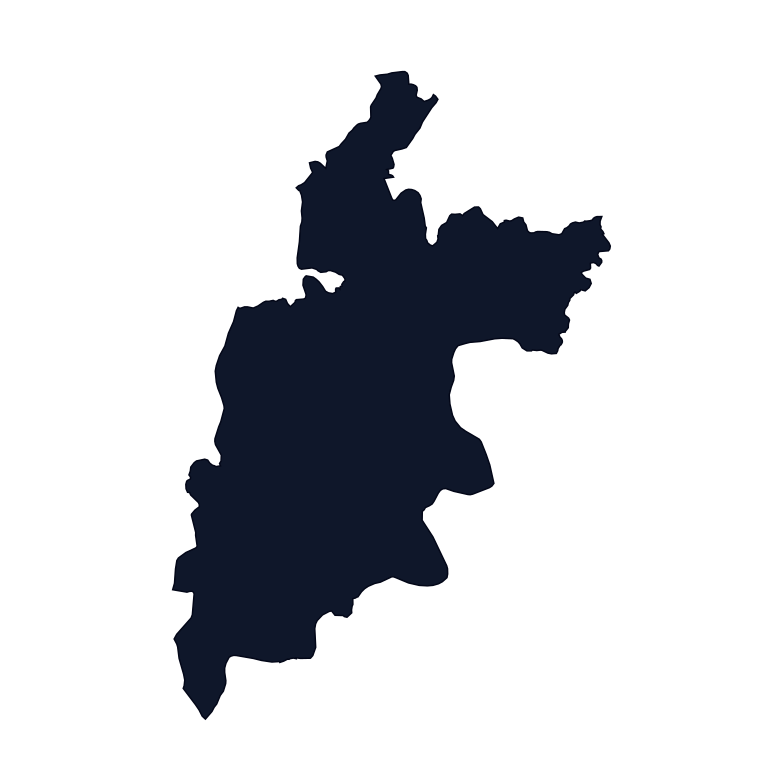 outline of Oubritenga, Oubritenga, Burkina Faso, rotated 262°
{"feature_id": "67063806B42476727458569", "entity_name": "Oubritenga", "entity_type": "district", "adm_level": 2, "iso_a3": "BFA", "parent_name": "Burkina Faso", "parent_adm1": "Oubritenga", "projection": "albers", "projection_center": [-1.222, 12.597], "detail": "fine", "context": "isolated", "style": "filled", "palette": "ink", "viewbox_px": 768, "rotation_deg": 262, "n_neighbors": 0, "source": "geoboundaries", "source_scale": "gbopen_adm2", "svg_char_len": 6163}
<svg xmlns="http://www.w3.org/2000/svg" viewBox="0 0 768 768"><g transform="rotate(262 384 384)"><path d="M519.5,623.0L520.1,618.1L519.8,616.3L518.9,614.4L517.4,613.1L517.0,610.8L517.1,606.4L517.5,605.6L516.5,604.0L516.3,599.7L517.7,596.1L517.3,593.0L516.5,590.9L514.8,589.3L513.3,586.8L512.7,584.5L508.1,581.0L507.4,578.1L509.4,571.3L511.2,568.9L512.1,566.5L513.6,557.5L513.5,555.5L512.8,553.5L513.1,550.6L513.6,549.2L515.8,547.4L521.9,546.7L525.0,544.9L529.1,544.5L530.5,540.5L529.3,536.0L528.0,533.2L527.8,531.3L529.2,527.7L529.1,525.9L527.5,525.6L526.5,521.5L522.2,518.1L529.7,513.8L538.0,505.6L544.1,503.8L546.1,502.3L546.6,498.3L541.7,487.2L539.8,485.2L541.9,483.0L542.1,478.0L542.8,474.6L541.5,472.6L535.2,468.5L533.0,463.1L529.5,459.9L524.0,458.5L523.4,457.8L520.1,457.7L517.0,456.1L514.0,451.4L515.2,449.1L517.8,446.8L520.2,446.4L522.2,445.4L526.5,445.8L532.8,447.7L534.6,446.8L542.7,446.9L558.5,445.6L562.1,446.6L565.6,445.9L568.7,444.4L571.3,441.4L572.7,438.5L573.4,435.4L573.1,432.6L570.6,427.5L564.6,421.2L564.4,419.8L564.8,418.4L566.7,417.6L587.5,412.6L587.5,422.2L589.0,421.5L589.9,420.3L590.9,417.7L594.5,418.1L596.0,416.6L596.5,422.9L597.5,423.7L600.0,424.5L606.4,423.6L609.5,422.6L613.0,425.6L613.7,427.3L614.3,434.6L615.1,439.0L623.2,446.7L626.9,449.4L632.4,455.2L638.0,458.5L639.9,460.1L651.0,469.8L655.3,474.7L658.4,477.0L661.9,475.1L663.7,473.2L661.1,471.4L659.9,469.8L658.9,467.2L658.2,463.0L661.2,460.4L663.3,456.6L665.5,456.0L670.3,457.8L673.2,457.9L674.9,456.8L676.3,454.7L677.2,452.5L677.4,450.3L686.2,450.9L688.6,450.2L690.4,448.2L690.8,445.6L691.0,434.9L690.3,430.5L690.6,423.0L690.1,418.2L681.4,422.7L678.9,422.9L677.0,422.1L671.5,417.7L668.3,415.9L661.8,410.1L660.2,409.3L650.3,408.2L649.0,407.6L646.9,405.7L645.5,403.8L645.4,397.0L645.0,394.7L644.2,393.2L641.8,389.9L639.7,387.9L637.4,384.3L631.8,380.0L627.7,375.0L625.4,372.7L621.7,360.2L618.8,358.5L616.8,358.3L612.8,358.9L605.6,356.3L611.5,351.6L613.2,349.4L614.0,346.7L613.4,341.0L608.0,341.4L603.8,342.7L602.9,342.3L594.5,333.4L592.8,329.7L592.2,327.0L590.5,324.4L587.5,326.6L587.5,327.4L582.5,328.6L575.6,328.7L566.9,326.3L559.7,326.0L555.9,325.2L551.9,323.2L536.5,320.0L521.0,315.6L515.2,314.9L512.6,315.3L510.4,316.3L509.2,318.2L509.0,328.9L506.8,333.3L505.4,334.3L503.4,336.9L503.2,342.3L504.1,344.5L503.8,346.8L501.5,351.6L498.8,354.8L497.6,357.9L494.2,359.7L492.8,360.0L491.1,359.3L491.1,358.4L488.5,356.1L486.9,356.2L486.6,354.3L484.1,353.6L485.4,352.6L485.7,350.0L484.7,349.3L481.6,348.9L480.7,345.7L482.0,341.7L484.0,339.0L489.1,336.8L494.3,333.8L497.2,331.4L499.7,328.8L501.9,322.0L501.4,321.0L499.0,318.7L493.1,317.5L484.1,319.2L482.7,319.2L480.0,318.2L479.3,316.3L479.7,309.0L479.0,307.9L477.2,307.2L473.6,302.0L477.2,299.6L481.5,298.4L483.0,295.5L482.0,294.4L482.1,291.8L480.9,289.2L481.1,287.6L482.2,285.9L481.9,281.8L482.4,278.5L481.7,276.0L478.8,270.1L477.4,265.1L479.3,259.8L479.8,256.6L479.0,252.6L479.3,251.2L480.2,250.2L477.2,248.1L466.7,243.7L455.9,237.0L443.7,231.7L435.0,225.2L425.6,220.5L420.2,218.7L409.1,218.2L402.9,218.9L393.0,221.3L384.9,222.5L381.9,222.4L369.3,217.1L364.5,214.3L353.4,209.0L350.7,208.5L347.4,208.7L336.2,213.0L330.3,211.9L328.2,210.1L325.7,210.7L325.6,205.9L326.5,205.0L327.4,202.9L329.8,200.5L333.2,198.8L334.5,196.0L333.9,187.6L332.5,185.1L328.6,181.1L324.8,180.1L321.1,178.2L318.7,179.5L316.8,179.0L315.9,176.1L315.2,175.1L312.2,173.8L307.8,173.4L304.1,174.4L303.6,176.4L301.0,177.1L292.5,183.7L290.4,184.3L288.1,184.0L285.4,179.2L282.0,175.4L281.1,175.0L263.1,176.9L260.4,176.4L249.5,176.4L248.6,175.8L247.8,174.7L244.7,164.4L242.1,159.5L240.3,156.2L238.0,154.3L229.9,151.8L215.8,148.8L209.7,146.1L205.3,159.9L205.7,162.6L205.5,165.1L204.8,166.0L202.8,166.8L182.2,162.1L179.1,160.4L165.0,143.9L160.7,140.7L155.4,142.6L152.3,143.1L140.8,142.9L124.5,145.2L118.5,145.5L113.0,144.1L110.5,142.8L92.7,152.7L87.0,155.5L80.3,157.8L77.0,160.5L83.7,168.1L87.5,170.8L90.4,173.8L98.4,178.5L102.2,182.2L109.3,185.5L112.3,186.1L120.7,186.1L124.9,186.7L129.4,188.6L135.0,192.6L135.9,194.9L136.2,197.4L135.7,200.0L130.4,216.5L127.3,224.2L124.3,234.3L123.7,242.0L122.8,242.1L123.5,246.0L124.9,250.0L124.6,251.7L125.1,252.9L125.2,256.1L124.2,258.9L125.1,258.9L123.9,263.0L122.7,273.0L125.0,275.7L132.7,279.7L151.4,281.4L156.0,282.9L159.1,285.0L163.9,291.0L166.4,298.0L166.6,300.5L161.8,303.3L160.4,311.4L159.2,312.3L158.2,314.9L161.9,320.2L164.8,320.4L168.4,321.5L170.0,322.5L175.8,323.2L176.1,326.2L176.7,327.0L176.8,328.5L181.4,332.8L184.0,336.3L185.9,340.2L187.8,347.1L188.3,352.9L192.0,364.8L191.7,366.8L183.6,380.6L179.7,390.8L178.1,398.9L177.8,404.5L178.6,410.2L180.1,414.3L183.5,419.4L187.0,420.6L192.2,421.2L195.3,420.8L225.7,411.2L243.8,402.8L252.5,404.2L253.9,406.3L255.9,407.8L257.1,411.9L258.5,415.0L260.9,417.2L268.4,422.6L270.8,425.0L272.0,427.6L271.9,430.6L268.0,438.2L262.9,451.7L262.4,453.9L262.6,456.5L266.7,474.0L267.9,476.6L270.3,479.0L289.0,477.5L299.9,475.4L313.1,472.2L316.0,470.7L325.9,458.2L330.1,453.7L337.4,449.3L343.5,447.5L355.0,446.5L364.3,447.1L371.5,450.1L377.9,453.5L382.1,454.7L395.7,453.9L399.1,454.5L405.4,457.5L408.9,459.7L411.7,462.7L412.8,470.2L413.3,474.9L412.7,485.1L413.4,499.9L412.9,507.3L410.9,518.1L409.4,520.2L407.2,522.6L404.8,524.2L400.5,525.9L396.9,530.2L396.3,534.7L397.0,535.7L395.9,540.0L395.8,543.7L395.4,545.1L391.8,550.6L390.6,554.0L390.3,558.9L392.7,560.6L394.8,561.3L397.8,563.7L398.1,564.6L399.5,565.8L400.8,566.5L402.4,566.6L404.1,566.1L406.1,564.7L408.9,564.0L410.4,567.5L410.2,570.7L410.9,570.9L414.1,574.3L417.9,575.0L421.5,576.6L423.5,576.0L427.2,572.5L429.5,572.4L432.8,573.5L436.3,576.9L439.0,577.9L441.0,579.6L442.8,580.0L445.9,584.1L448.0,585.1L448.5,586.0L447.0,587.0L448.6,590.8L450.0,592.0L448.2,596.2L450.9,600.5L454.7,603.2L459.0,602.5L460.8,598.5L465.2,595.3L466.9,594.8L468.0,597.3L468.8,603.6L470.1,604.7L474.7,605.1L475.1,606.2L475.1,608.6L473.7,610.7L471.7,612.0L470.9,613.3L474.2,616.5L475.9,616.8L477.5,616.3L478.9,614.5L482.4,613.6L484.7,614.8L485.2,615.8L484.7,624.8L486.3,626.4L489.1,627.3L492.5,626.4L501.9,621.1L502.2,622.7L504.5,622.0L507.4,620.1L509.5,620.8L511.8,620.1L515.2,620.7L519.5,623.0Z" fill="#0f172a" stroke="#020617" stroke-width="1.5"/></g></svg>